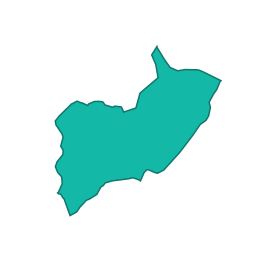 the district of Al Fasher, North Darfur, Sudan, rotated 319°
{"feature_id": "16777658B96521919713520", "entity_name": "Al Fasher", "entity_type": "district", "adm_level": 2, "iso_a3": "SDN", "parent_name": "Sudan", "parent_adm1": "North Darfur", "projection": "robinson", "projection_center": [25.322, 13.818], "detail": "fine", "context": "isolated", "style": "filled", "palette": "teal", "viewbox_px": 256, "rotation_deg": 319, "n_neighbors": 0, "source": "geoboundaries", "source_scale": "gbopen_adm2", "svg_char_len": 1205}
<svg xmlns="http://www.w3.org/2000/svg" viewBox="0 0 256 256"><g transform="rotate(319 128 128)"><path d="M229.2,153.3L222.0,136.0L219.7,131.2L218.3,129.4L209.5,121.4L203.0,117.4L199.5,110.0L200.4,100.5L202.7,86.7L203.3,85.5L193.8,88.4L190.7,98.2L183.7,109.8L166.1,109.6L159.9,109.6L147.1,118.1L135.2,113.1L136.8,107.8L132.5,102.9L129.9,102.2L128.3,99.5L125.8,95.6L126.1,91.7L123.4,88.7L120.0,85.9L113.9,84.0L112.4,84.6L110.0,79.3L108.5,77.1L107.3,74.4L107.0,74.3L100.9,72.8L95.0,73.2L84.2,73.8L77.7,75.0L75.7,78.4L74.3,89.2L73.1,92.2L70.7,93.9L65.3,97.6L64.4,102.3L61.5,105.3L52.3,107.0L47.8,109.5L45.8,115.4L45.9,121.3L41.8,126.9L33.4,130.8L32.3,130.8L32.4,132.0L33.9,134.2L33.2,137.1L33.1,139.8L33.1,140.0L26.8,156.1L34.2,157.7L39.8,156.2L49.2,155.2L52.2,156.3L60.8,157.7L68.9,154.7L71.3,155.2L74.9,154.5L81.7,157.7L94.5,166.3L99.2,168.9L101.9,173.7L102.7,176.1L110.9,172.2L114.7,171.8L116.2,173.2L118.4,178.0L120.5,181.5L127.4,183.2L140.0,181.7L140.6,181.6L148.3,180.7L149.0,180.6L150.2,180.5L171.6,176.1L184.9,172.7L187.7,173.0L191.9,173.4L196.7,171.8L203.7,166.5L206.1,161.8L214.5,158.6L220.1,157.2L224.0,155.3L227.7,153.5L229.2,153.3Z" fill="#14b8a6" stroke="#0f766e" stroke-width="1.5"/></g></svg>